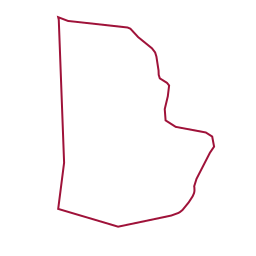 an SVG outline of Saint Elizabeth, rotated 190°
{"feature_id": "JAM-1373", "entity_name": "Saint Elizabeth", "entity_type": "Parish", "adm_level": 1, "iso_a3": "JAM", "parent_name": "Jamaica", "parent_adm1": "", "projection": "natural_earth1", "projection_center": [-77.826, 18.044], "detail": "fine", "context": "isolated", "style": "outline", "palette": "rose", "viewbox_px": 256, "rotation_deg": 190, "n_neighbors": 0, "source": "natural_earth", "source_scale": "10m", "svg_char_len": 585}
<svg xmlns="http://www.w3.org/2000/svg" viewBox="0 0 256 256"><g transform="rotate(190 128 128)"><path d="M216.0,225.0L205.6,223.0L145.9,226.9L142.9,226.2L133.7,219.2L118.2,210.6L114.4,207.1L112.4,203.2L107.9,189.9L107.0,185.7L105.3,182.4L97.4,179.2L94.9,177.0L94.3,166.1L95.1,153.0L92.3,142.0L81.2,137.4L50.6,137.1L43.6,134.2L40.0,124.6L43.0,117.9L51.7,89.8L52.7,82.1L52.3,80.9L51.7,78.1L51.6,76.7L51.7,75.1L52.5,71.9L55.3,65.3L60.1,56.7L62.1,54.4L63.6,53.1L70.2,49.3L120.6,29.1L182.7,36.2L184.9,82.7L215.0,222.7L216.0,225.0Z" fill="none" stroke="#9f1239" stroke-width="2"/></g></svg>